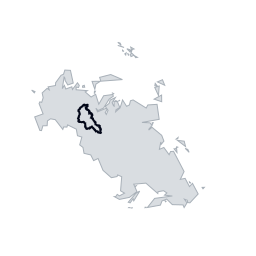 location of Khanty-Mansiy within Russia, rotated 43°
{"feature_id": "RUS-2396", "entity_name": "Khanty-Mansiy", "entity_type": "Autonomous Province", "adm_level": 1, "iso_a3": "RUS", "parent_name": "Russia", "parent_adm1": "", "projection": "mercator", "projection_center": [69.975, 62.153], "detail": "fine", "context": "in_parent", "style": "outline", "palette": "ink", "viewbox_px": 256, "rotation_deg": 43, "n_neighbors": 0, "source": "natural_earth", "source_scale": "10m", "svg_char_len": 7565}
<svg xmlns="http://www.w3.org/2000/svg" viewBox="0 0 256 256"><g transform="rotate(43 128 128)"><path d="M170.4,186.1L164.8,187.5L165.8,186.4L165.4,183.9L168.0,183.5L169.9,178.0L165.4,179.0L156.6,167.9L152.4,169.4L153.1,171.0L149.7,175.7L138.6,176.0L126.9,170.7L125.1,175.3L119.1,173.1L113.1,176.5L108.3,172.9L104.2,173.3L100.4,166.1L96.3,168.1L91.0,164.1L81.7,166.9L82.7,169.0L80.2,171.1L81.3,173.5L69.1,171.5L65.1,174.1L64.2,177.7L67.3,181.5L64.2,184.4L66.5,188.9L65.2,189.9L52.2,183.5L56.3,175.6L46.3,170.8L45.7,169.0L47.4,168.1L45.3,163.7L41.3,160.9L41.8,154.2L44.4,153.8L41.5,152.4L46.0,146.4L44.2,144.2L43.1,135.1L44.2,132.7L42.3,128.7L46.6,125.1L57.3,132.5L54.6,137.6L49.6,136.1L47.7,134.5L46.5,134.3L53.1,144.0L52.4,140.2L55.9,141.9L58.8,136.2L61.1,137.7L60.2,129.4L63.3,130.1L64.2,132.1L62.1,133.5L64.0,135.4L72.8,128.4L72.1,130.8L79.9,130.5L81.3,125.4L90.4,130.5L88.2,121.0L94.0,113.9L95.6,114.8L94.5,119.6L96.5,130.1L94.1,135.7L91.0,135.4L94.7,137.0L98.4,128.8L100.0,128.4L100.8,132.3L102.9,132.9L101.4,128.7L96.7,127.7L97.4,122.9L95.9,119.7L98.0,114.3L99.1,120.3L102.2,121.6L103.0,121.5L99.5,117.9L102.4,116.0L108.0,118.6L106.8,122.8L107.9,124.6L108.5,118.7L104.9,111.2L112.2,113.1L113.3,110.1L111.2,106.4L112.6,104.0L127.7,101.0L126.8,97.6L133.1,90.9L144.9,100.4L134.4,114.4L140.6,109.2L143.9,109.7L144.0,114.2L144.2,114.9L144.6,115.0L145.1,111.1L157.7,110.4L163.2,113.1L163.4,117.2L161.5,115.9L165.5,122.2L167.5,117.8L176.3,119.5L175.2,116.2L177.2,114.0L198.7,121.6L201.3,129.9L204.1,125.9L212.9,128.9L212.9,124.5L224.3,128.4L224.3,140.5L222.5,141.8L220.6,140.4L217.8,141.6L222.2,142.5L223.3,147.9L220.7,146.7L212.7,153.8L204.8,153.6L202.6,158.2L204.3,162.3L196.4,172.9L195.5,161.3L206.8,147.5L200.5,152.2L200.7,149.0L196.8,149.6L193.4,154.1L194.5,155.6L178.7,156.1L170.5,165.2L177.9,168.4L176.4,177.7L170.4,186.1ZM90.9,96.4L76.2,112.3L72.7,110.3L78.9,100.7L90.9,96.4ZM179.6,166.2L181.9,177.3L180.0,176.3L180.6,181.3L178.8,182.1L178.3,170.4L179.6,166.2ZM69.9,118.4L75.9,112.7L74.6,117.8L77.3,122.3L69.9,118.4ZM172.6,103.3L178.1,99.3L182.7,102.3L172.6,103.3ZM122.2,76.0L128.2,83.5L119.9,80.1L122.2,76.0ZM120.3,69.2L125.7,71.7L118.1,74.2L120.3,69.2ZM130.1,81.0L134.7,85.8L127.4,89.1L130.1,81.0ZM183.7,103.9L186.4,102.9L189.3,104.1L183.7,103.9ZM31.7,166.0L35.2,164.8L35.5,166.2L31.7,166.0ZM67.1,73.0L70.2,71.8L64.2,74.6L67.1,73.0ZM177.6,109.9L180.5,112.5L175.9,111.8L177.6,109.9ZM68.5,127.7L66.9,129.2L66.1,128.2L66.9,126.6L68.5,127.7ZM73.1,70.8L76.0,69.4L77.4,71.0L73.1,70.8ZM82.8,70.7L81.5,73.7L79.3,72.6L79.9,70.7L82.8,70.7ZM85.7,71.3L83.2,70.8L86.7,69.9L85.7,71.3ZM79.1,123.3L79.9,125.9L78.4,124.0L79.1,123.3ZM120.8,77.3L118.8,78.8L117.5,76.8L120.8,77.3ZM74.8,67.0L78.5,66.1L77.1,68.4L74.8,67.0ZM224.3,121.3L222.7,120.9L224.3,119.3L224.3,121.3ZM64.3,71.3L66.6,72.2L62.1,72.3L64.3,71.3ZM94.2,112.8L92.1,113.2L94.2,112.6L94.2,112.8ZM142.7,106.9L143.6,108.9L142.1,107.7L142.7,106.9ZM211.6,125.4L210.3,126.1L209.6,125.5L211.6,125.4ZM78.3,74.4L76.6,73.4L79.3,74.3L78.3,74.4ZM77.9,68.5L78.9,70.7L76.9,69.3L77.9,68.5ZM185.8,183.0L185.5,183.7L184.6,184.7L185.8,183.0ZM75.4,74.3L76.6,76.2L75.1,76.0L75.4,74.3ZM102.3,115.6L100.8,116.4L100.5,116.3L102.3,115.6ZM205.8,156.3L204.8,156.0L205.8,155.6L205.8,156.3ZM177.4,108.1L176.8,109.6L176.4,108.5L177.4,108.1ZM173.4,164.5L173.5,165.6L173.0,165.3L173.4,164.5ZM195.6,173.3L194.8,174.7L194.5,174.3L195.6,173.3ZM72.8,74.8L71.4,75.4L70.9,74.8L72.8,74.8ZM103.2,113.1L102.9,114.5L102.6,114.1L103.2,113.1ZM171.7,101.9L170.8,103.0L171.1,100.8L171.7,101.9ZM182.8,185.6L184.2,184.6L182.8,185.8L182.8,185.6Z" fill="#d9dde1" stroke="#a8b0b8" stroke-width="1"/><path d="M79.8,148.9L79.6,148.8L79.5,148.5L79.5,148.4L79.6,148.1L79.7,147.9L79.7,147.7L79.8,147.4L79.6,147.3L79.5,147.1L79.5,146.9L79.5,146.7L79.6,146.4L79.3,146.2L79.3,145.9L79.3,145.6L79.4,145.4L79.3,145.2L79.5,144.8L79.6,144.5L79.6,144.1L79.7,143.9L79.7,143.7L79.9,143.5L80.0,143.2L79.9,143.0L79.7,142.8L79.7,142.7L79.8,142.5L79.7,142.4L79.7,142.2L79.7,141.9L79.7,141.7L79.8,141.7L79.8,141.3L79.9,141.1L80.1,140.9L80.2,140.6L80.4,140.5L80.6,140.5L80.9,140.8L80.9,141.0L81.0,141.0L81.1,140.7L81.4,140.5L81.5,140.3L81.5,140.2L81.8,139.9L81.7,139.8L81.9,139.5L82.0,139.3L82.1,139.1L82.4,138.7L82.6,138.6L82.9,138.9L83.0,139.1L83.1,139.4L83.2,139.7L83.6,139.8L83.6,140.0L83.6,140.3L83.6,140.5L83.4,140.9L83.4,141.0L83.5,141.1L83.5,141.3L83.5,141.5L83.3,141.7L83.3,141.8L83.2,141.9L83.4,142.1L83.6,142.1L83.8,142.1L84.1,142.0L84.3,142.2L84.4,142.4L84.3,142.6L84.5,142.7L84.9,142.7L85.0,142.5L85.6,142.5L85.7,142.2L85.9,142.3L86.2,142.2L86.4,142.2L86.6,141.9L87.1,141.9L87.3,141.9L87.6,141.8L88.0,142.0L88.2,141.9L88.5,142.0L88.5,142.4L88.4,142.6L88.4,142.8L88.5,142.9L88.8,143.0L89.1,143.2L89.2,143.3L89.2,143.2L89.3,143.3L89.4,143.2L89.6,143.4L89.7,143.1L89.8,143.1L90.0,143.0L90.1,142.9L90.3,142.6L90.6,142.7L90.8,142.9L90.9,142.7L91.0,142.5L90.8,142.3L91.0,142.2L91.3,142.2L91.5,142.4L91.9,142.4L92.0,142.5L92.3,142.6L92.5,142.5L92.8,142.8L93.0,142.8L93.2,143.0L92.9,143.5L93.0,143.6L93.1,143.8L93.2,144.0L93.3,144.3L93.7,144.3L93.9,144.3L94.1,144.6L94.1,145.7L94.4,145.6L94.6,145.6L94.8,145.4L95.4,145.4L95.6,145.2L95.9,145.0L96.0,145.1L96.2,145.3L96.3,145.6L96.5,145.6L97.3,145.7L97.6,146.0L98.1,146.1L98.4,146.0L98.7,145.9L98.9,145.9L99.2,145.9L99.3,145.9L99.7,146.1L99.8,146.3L100.2,146.0L100.4,146.2L100.6,146.2L100.8,146.6L101.0,146.9L101.7,147.3L101.8,147.5L102.0,147.4L102.3,147.3L102.8,147.2L104.0,147.2L104.1,146.9L104.1,146.7L104.3,146.6L104.6,146.4L104.8,146.2L104.9,145.9L105.1,145.9L105.6,145.8L105.6,146.0L105.7,146.3L105.8,146.5L106.1,146.7L106.2,146.8L106.4,147.0L106.7,146.7L106.8,146.6L107.0,146.8L107.2,146.7L107.5,146.8L107.5,147.0L107.8,147.2L107.9,147.3L108.2,147.6L108.5,147.4L108.8,147.3L109.0,147.5L109.1,147.8L109.3,147.8L109.4,148.0L109.5,148.2L109.7,148.7L109.6,148.9L109.7,149.0L109.8,149.1L110.0,149.3L110.3,149.4L110.4,149.5L110.6,149.6L110.8,149.7L111.1,149.8L111.4,149.9L111.4,150.0L111.2,150.2L111.0,150.3L111.1,150.5L109.8,151.3L109.3,151.6L109.0,151.7L108.6,151.3L108.4,151.1L108.0,151.2L107.1,151.9L107.1,152.0L106.8,152.4L106.5,152.2L106.4,152.1L106.1,152.2L105.6,152.2L105.5,151.9L105.1,151.8L104.7,151.8L104.4,152.1L104.0,152.0L103.6,152.0L103.4,152.0L103.4,151.8L103.3,151.7L103.2,151.7L102.9,151.8L102.6,151.7L102.4,151.8L102.0,151.8L101.7,151.9L101.5,151.7L101.3,151.7L101.1,151.7L100.7,151.6L100.7,151.9L100.6,152.0L100.7,152.3L100.4,152.6L100.3,152.8L100.4,153.1L100.4,153.3L100.2,153.4L100.3,153.5L100.3,153.9L100.3,154.3L100.2,154.4L100.2,154.7L99.9,154.8L99.6,154.8L99.4,155.1L99.2,155.4L99.0,155.5L99.0,156.0L98.7,156.6L98.4,156.8L98.2,156.7L98.1,156.8L98.0,156.7L97.9,156.7L97.1,156.7L96.9,156.5L96.7,156.5L96.6,156.4L96.4,156.5L95.9,156.4L95.9,156.2L95.7,156.0L95.8,155.8L95.7,155.7L95.4,155.8L95.2,155.7L95.2,155.4L94.8,155.0L94.7,154.9L94.5,154.7L94.3,154.5L94.0,154.4L93.8,154.2L93.6,153.9L93.4,154.1L93.2,154.0L92.7,154.1L92.4,153.9L91.7,153.9L91.7,153.7L91.4,153.7L91.2,153.8L91.1,154.0L91.3,154.1L90.8,154.6L90.6,154.7L90.5,154.8L90.3,155.3L90.2,155.4L90.0,155.5L89.7,155.6L89.3,155.9L88.9,156.0L88.7,156.2L88.3,156.2L88.3,156.3L88.4,156.7L88.3,156.8L87.9,157.0L87.7,157.0L87.3,157.0L87.0,156.9L86.7,156.3L86.4,155.6L86.3,155.3L86.2,155.3L85.4,155.1L85.2,155.2L84.8,155.0L84.8,154.9L84.8,154.4L84.8,154.2L84.6,153.7L84.6,153.4L84.3,153.3L84.0,153.1L83.9,152.6L83.7,152.2L83.6,151.9L83.5,151.6L83.6,151.3L83.3,150.7L83.1,150.5L82.5,150.3L82.5,150.2L81.6,149.6L81.4,149.5L81.1,149.5L80.7,149.4L80.3,149.5L80.2,149.4L80.2,149.1L79.9,148.9L79.8,148.9Z" fill="none" stroke="#020617" stroke-width="2"/></g></svg>